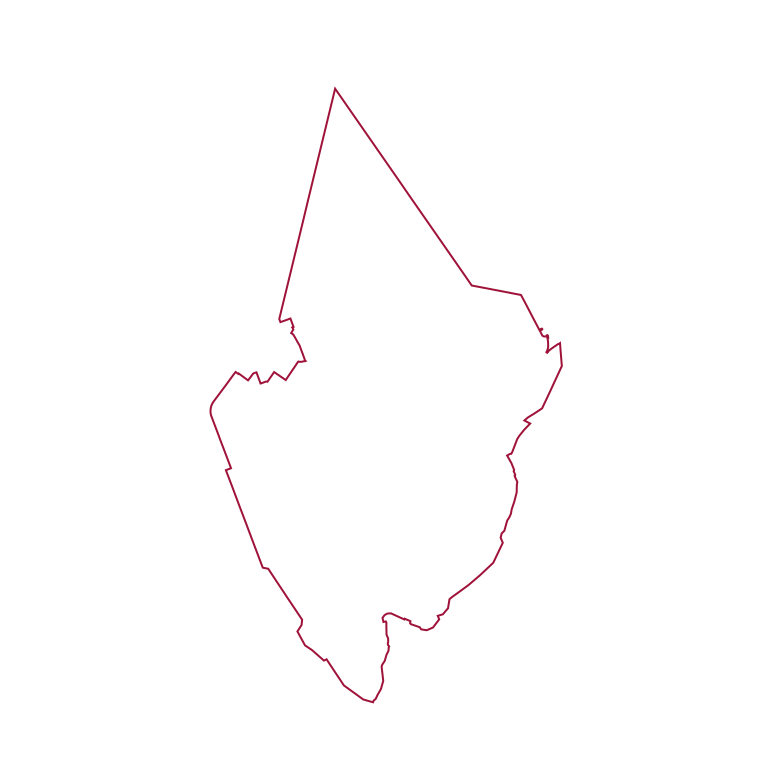 Noordoostpolder, Flevoland, Netherlands (Albers equal-area conic projection), rotated 69°
{"feature_id": "6326949B24285536392101", "entity_name": "Noordoostpolder", "entity_type": "district", "adm_level": 2, "iso_a3": "NLD", "parent_name": "Netherlands", "parent_adm1": "Flevoland", "projection": "albers", "projection_center": [5.775, 52.726], "detail": "fine", "context": "isolated", "style": "outline", "palette": "rose", "viewbox_px": 768, "rotation_deg": 69, "n_neighbors": 0, "source": "geoboundaries", "source_scale": "gbopen_adm2", "svg_char_len": 4724}
<svg xmlns="http://www.w3.org/2000/svg" viewBox="0 0 768 768"><g transform="rotate(69 384 384)"><path d="M644.0,531.0L651.0,529.5L659.9,523.7L671.0,516.5L673.0,513.9L677.2,508.3L675.8,507.0L675.1,504.7L672.1,501.6L667.7,496.2L660.9,491.1L647.7,487.7L646.7,487.3L645.4,486.2L644.3,484.7L643.9,484.1L643.2,483.1L642.5,482.3L639.9,480.4L637.9,478.9L634.5,475.3L631.8,474.1L630.8,473.2L629.1,473.8L627.4,473.4L626.3,472.5L622.9,471.3L619.1,471.5L611.5,468.8L607.7,467.3L606.3,467.4L606.0,469.8L601.8,469.2L600.4,467.0L599.9,466.1L599.5,463.2L600.6,459.7L606.0,454.4L611.1,449.4L610.5,448.8L612.6,446.7L614.9,444.3L616.7,445.4L617.8,445.0L623.9,437.8L626.4,437.2L629.2,432.3L628.9,425.5L623.5,416.8L619.7,416.9L620.1,411.6L616.3,404.6L608.4,400.0L607.8,398.5L607.1,396.2L604.8,387.5L604.7,387.1L601.9,376.9L596.9,362.8L593.1,353.5L590.0,346.0L582.3,337.9L574.8,330.0L569.3,330.2L565.7,327.7L564.1,324.2L555.6,317.9L553.4,314.8L550.6,312.0L546.9,309.8L540.6,304.6L532.8,299.0L525.7,296.1L523.2,294.6L517.5,295.0L517.4,295.0L517.2,294.9L516.6,294.9L516.6,294.7L515.8,294.0L511.8,294.2L510.9,293.3L503.5,293.4L494.9,294.7L494.4,291.3L494.8,290.2L493.1,288.3L483.1,279.3L480.9,276.3L477.0,269.6L473.3,261.7L468.4,266.0L467.8,264.4L466.9,261.9L466.6,260.6L465.5,254.5L464.3,249.1L463.4,245.1L460.3,241.9L456.3,237.7L449.4,230.5L444.6,225.6L441.3,222.2L435.6,216.3L430.9,211.5L425.0,209.8L413.8,206.5L408.9,205.0L409.2,206.2L409.2,206.3L409.1,207.2L409.4,208.3L410.1,211.4L410.9,214.5L411.2,215.7L411.3,215.9L411.3,216.2L411.4,216.5L411.5,216.7L411.6,217.0L411.8,217.5L412.0,218.0L412.2,218.4L412.3,218.7L412.4,218.9L412.7,219.4L412.9,219.5L413.0,219.8L413.0,220.0L413.3,220.5L412.5,221.0L412.4,220.9L412.2,220.6L412.0,220.4L411.9,220.3L411.7,220.1L411.4,219.8L411.0,219.4L410.5,219.0L410.1,218.7L409.7,218.4L409.1,218.0L408.7,217.7L408.4,217.6L408.0,217.4L407.6,217.2L407.0,217.0L406.6,216.8L406.2,216.7L404.8,216.2L403.6,215.8L402.5,215.5L401.2,215.2L399.7,215.0L399.9,214.2L398.4,213.8L398.4,214.0L397.5,213.8L397.4,213.8L397.2,213.8L397.1,214.0L396.9,214.1L396.9,214.3L396.9,214.5L397.0,214.6L397.0,214.8L397.3,214.9L397.7,215.0L397.4,216.7L397.3,216.8L397.2,217.1L397.1,217.3L397.0,217.5L396.9,217.7L396.7,217.9L396.6,218.1L396.3,218.3L396.1,218.4L396.0,218.5L395.8,218.7L395.6,218.7L395.3,218.8L395.1,218.9L390.2,219.4L389.9,216.9L389.7,216.6L389.3,216.5L388.9,216.7L388.8,217.1L389.1,219.6L373.8,221.4L365.7,222.3L358.9,223.1L350.0,224.2L347.2,228.7L330.0,256.3L323.5,266.8L309.0,270.3L218.7,292.5L201.7,296.6L90.8,323.8L186.6,390.0L201.2,400.0L285.8,458.5L289.1,458.5L289.2,455.7L289.3,450.3L289.3,447.9L298.3,448.0L298.3,449.4L299.1,449.2L300.7,449.2L300.7,449.3L300.8,449.5L301.0,449.7L301.6,450.4L303.2,452.4L303.6,452.1L304.2,451.7L304.3,451.6L304.6,451.4L304.8,451.2L305.0,451.2L305.4,451.0L305.6,451.0L305.8,450.9L309.3,450.3L313.7,449.7L317.2,449.1L317.6,449.1L317.9,449.0L318.0,449.0L318.5,449.0L322.4,449.1L326.7,449.1L331.0,449.2L333.8,449.3L333.9,449.2L334.0,449.2L334.4,449.0L334.4,449.5L334.1,450.6L333.7,452.9L333.7,453.1L333.6,453.4L333.5,453.6L333.4,453.9L333.3,454.2L333.2,454.4L333.1,454.6L333.0,454.9L332.9,455.1L332.7,455.3L332.6,455.5L332.4,455.7L332.4,455.8L332.5,455.9L332.4,456.1L333.0,457.1L335.4,460.4L338.5,464.9L344.5,473.5L345.1,474.3L333.5,482.3L339.2,490.6L340.1,491.9L340.0,492.0L339.9,492.1L339.9,492.3L339.7,492.6L339.6,492.9L339.5,493.2L339.4,493.4L339.4,493.6L339.4,493.9L339.4,494.1L339.4,498.5L339.2,498.5L339.1,499.1L336.2,499.0L327.4,498.9L327.3,501.0L327.3,501.6L327.3,501.8L327.4,502.0L327.4,502.3L327.5,502.4L327.5,502.6L327.6,502.8L327.7,503.0L327.8,503.1L329.8,506.2L331.9,509.6L322.1,515.9L322.4,516.4L319.6,518.2L321.2,520.9L324.1,525.4L327.1,530.0L332.9,539.2L338.7,548.4L339.0,548.9L339.1,549.1L339.3,549.4L339.5,549.7L339.7,549.9L339.9,550.2L340.1,550.4L340.2,550.6L340.4,550.9L340.5,550.9L340.7,551.2L340.9,551.4L341.1,551.6L341.3,551.9L341.5,552.1L341.8,552.4L342.0,552.6L342.3,552.8L342.5,553.0L342.8,553.2L342.9,553.3L343.2,553.5L343.4,553.7L343.7,553.9L344.2,554.2L344.5,554.4L344.8,554.6L345.1,554.7L345.4,554.9L345.7,555.0L346.0,555.2L346.5,555.4L346.9,555.6L347.2,555.7L347.5,555.8L348.0,556.0L348.3,556.1L348.6,556.2L348.9,556.2L349.2,556.3L349.5,556.4L349.9,556.5L350.1,556.5L350.5,556.6L351.0,556.6L351.3,556.7L351.7,556.7L352.0,556.7L352.3,556.7L352.6,556.7L353.2,556.7L370.9,556.8L372.7,556.8L376.3,556.9L381.7,556.9L388.0,556.9L407.8,557.0L407.8,562.5L424.1,562.5L434.5,562.6L447.4,562.7L457.6,562.7L488.3,562.9L512.0,563.0L515.0,558.3L530.8,554.8L539.7,552.8L547.9,551.0L561.9,547.8L574.7,544.9L579.4,547.3L584.0,553.5L590.1,552.7L599.7,551.4L606.7,546.5L620.7,539.2L620.4,536.3L635.3,533.0L644.0,531.0Z" fill="none" stroke="#9f1239" stroke-width="2"/></g></svg>